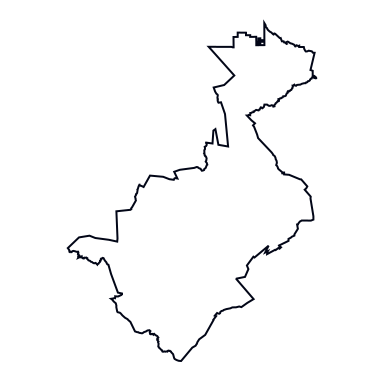 Rosales, Chihuahua, Mexico
{"feature_id": "50627088B98437787119642", "entity_name": "Rosales", "entity_type": "district", "adm_level": 2, "iso_a3": "MEX", "parent_name": "Mexico", "parent_adm1": "Chihuahua", "projection": "albers", "projection_center": [-105.763, 28.244], "detail": "fine", "context": "isolated", "style": "outline", "palette": "ink", "viewbox_px": 384, "rotation_deg": 0, "n_neighbors": 0, "source": "geoboundaries", "source_scale": "gbopen_adm2", "svg_char_len": 5933}
<svg xmlns="http://www.w3.org/2000/svg" viewBox="0 0 384 384"><path d="M231.5,46.9L208.7,46.8L234.3,75.5L224.2,85.0L213.7,87.5L215.1,91.5L216.3,93.6L217.4,94.5L217.8,95.1L217.4,98.0L217.9,99.0L217.8,99.9L217.6,100.0L217.9,101.7L218.5,102.7L221.0,102.3L225.0,114.0L228.1,146.5L218.4,144.8L215.4,129.1L213.4,130.6L212.5,143.5L206.1,142.6L206.0,142.9L206.7,144.0L206.6,145.2L206.0,146.1L204.7,146.8L205.0,148.0L204.9,149.4L204.3,150.2L204.4,152.9L204.1,153.3L204.5,153.7L204.5,154.9L205.3,155.6L205.2,156.2L206.1,156.9L206.6,158.3L206.3,160.4L205.7,161.6L206.7,162.8L207.3,164.7L206.7,165.2L205.7,167.9L204.3,169.0L204.1,170.0L202.8,170.6L201.8,170.7L200.5,168.7L199.6,168.5L198.2,167.7L197.8,167.2L196.7,167.0L194.2,167.9L179.8,169.8L174.2,171.8L177.4,178.5L175.2,178.1L174.4,178.5L173.8,179.8L169.4,179.2L163.2,176.8L150.0,175.6L143.6,187.0L141.4,185.9L139.8,185.6L139.6,184.7L139.4,184.7L138.6,186.3L137.8,189.0L137.4,189.5L137.6,189.9L137.1,193.0L136.5,193.9L136.2,193.9L135.9,194.5L135.9,195.3L135.0,196.7L135.6,198.6L135.5,198.9L135.9,200.5L132.1,207.2L131.2,208.3L131.1,208.7L131.3,209.1L130.5,209.8L116.4,211.3L117.5,238.5L117.2,241.6L108.9,239.8L95.3,238.0L89.5,235.7L79.0,237.4L67.8,248.1L69.1,249.8L69.5,251.9L69.9,252.1L70.3,251.5L71.6,252.1L72.4,251.2L73.3,250.9L75.2,251.3L76.5,251.8L78.1,251.7L78.4,252.6L78.2,253.0L78.3,253.6L78.0,253.6L77.9,254.3L78.3,254.8L78.4,255.5L78.9,256.1L78.5,256.2L78.2,256.7L78.5,257.0L78.1,257.9L79.2,257.4L79.8,256.2L80.4,257.2L81.7,256.4L81.9,257.5L82.2,257.9L83.1,258.4L83.9,258.5L84.2,258.1L84.0,257.8L84.7,257.6L86.1,257.8L86.4,257.6L87.2,258.1L87.0,258.7L87.9,259.5L88.4,260.3L90.1,260.9L90.8,261.7L92.0,262.0L92.8,262.7L94.1,263.3L95.6,262.9L97.3,264.6L97.5,264.1L98.4,263.8L98.6,263.3L99.9,262.0L100.0,260.8L100.6,260.7L100.7,259.9L101.2,259.5L100.9,258.9L101.1,258.6L102.2,258.3L102.6,257.9L103.5,258.1L104.8,260.5L106.5,262.5L106.8,263.6L107.5,264.4L108.4,264.7L111.1,274.1L117.9,292.6L122.0,293.5L122.0,294.3L121.7,294.4L121.3,295.0L118.0,296.5L115.2,296.3L115.3,297.2L115.1,298.0L114.8,297.8L113.6,298.4L111.1,298.8L112.3,299.7L113.6,301.4L115.8,303.3L116.4,305.7L116.3,307.1L117.2,311.5L117.4,311.9L117.7,312.2L119.8,312.7L120.8,313.5L122.4,315.4L125.1,317.8L127.6,319.2L128.2,320.0L130.4,321.9L135.0,331.4L137.3,332.2L138.2,332.2L139.2,332.8L141.9,333.3L142.5,333.2L144.0,332.1L145.9,331.5L147.4,330.5L149.4,330.2L150.4,331.1L149.8,332.1L149.8,332.7L150.2,334.1L151.0,334.3L151.6,333.9L152.4,333.9L153.2,334.6L153.4,334.1L154.1,333.8L155.3,335.0L157.3,336.1L158.3,337.6L157.3,338.4L157.5,339.1L157.8,339.3L157.2,339.9L158.5,341.5L158.0,342.1L158.6,343.7L158.3,346.6L158.8,347.0L159.1,347.8L159.6,348.1L161.7,350.3L162.1,350.4L162.2,351.1L162.5,351.6L163.5,351.7L164.3,351.4L165.3,351.7L166.4,351.4L167.4,351.6L167.8,350.9L168.3,350.6L169.4,351.0L169.8,350.8L171.0,351.6L171.1,352.1L173.1,354.2L174.1,357.9L174.6,358.9L176.5,360.0L178.7,360.8L181.1,361.0L192.3,347.6L195.6,345.7L196.6,344.0L196.9,343.8L197.3,342.3L199.2,339.3L205.2,334.9L213.5,320.1L213.3,319.8L216.1,316.2L214.8,315.7L217.1,313.0L218.0,313.5L219.4,313.7L220.1,313.1L220.3,312.0L221.5,311.0L222.9,310.7L223.7,310.0L226.4,309.1L230.4,308.3L232.3,307.4L236.1,307.3L239.2,306.5L241.4,307.1L247.3,302.9L253.6,299.1L236.4,279.1L236.6,278.6L245.0,276.9L248.4,269.1L246.9,265.5L253.4,256.7L254.5,257.5L268.6,245.7L265.2,252.5L267.8,251.2L267.3,252.1L267.1,254.1L275.1,249.8L275.6,250.1L278.4,248.0L279.5,248.7L281.0,247.3L279.4,246.2L279.0,245.5L288.5,240.9L288.5,238.9L290.8,237.7L291.9,236.7L294.4,235.6L294.4,234.4L297.9,228.8L297.1,224.5L298.0,224.4L298.2,223.7L299.8,221.6L301.8,220.5L310.9,220.6L313.4,219.6L313.4,216.2L310.5,198.5L310.7,196.6L304.7,189.7L306.2,188.4L307.3,186.4L301.2,179.4L300.0,179.3L289.1,174.8L284.1,174.4L284.1,172.5L282.7,172.5L282.3,174.2L282.2,172.2L278.6,169.2L278.0,168.4L277.8,167.4L277.1,166.0L276.2,165.1L276.9,162.9L276.6,160.9L275.6,158.9L275.6,158.2L275.1,156.9L274.5,155.9L273.2,155.0L272.8,154.0L271.6,152.4L258.1,138.1L257.1,134.5L254.1,126.8L253.0,125.4L255.0,123.3L251.4,120.3L246.9,115.5L248.2,115.4L248.8,114.9L250.2,115.2L250.3,113.0L251.1,113.0L252.0,112.4L253.6,112.1L253.6,111.4L254.2,111.3L256.1,109.9L258.6,110.4L259.2,109.6L259.6,109.6L260.7,107.4L261.5,107.5L262.2,108.3L262.4,108.3L263.9,106.9L264.4,104.6L267.1,104.6L268.6,105.7L269.9,105.9L271.8,105.2L272.9,105.6L273.3,106.6L274.5,106.3L274.4,105.6L274.6,104.7L275.4,104.0L275.7,103.2L276.6,102.6L277.5,101.4L277.6,101.6L278.9,101.0L279.0,100.2L278.5,99.8L278.4,99.1L279.6,98.9L280.0,98.4L281.2,98.2L281.5,97.7L282.5,97.5L283.1,96.8L283.2,96.3L284.8,96.2L285.8,95.7L286.7,93.4L287.6,92.9L287.6,91.7L287.9,91.3L288.6,91.7L289.2,91.3L289.3,90.9L289.9,90.9L290.5,90.1L291.3,89.9L292.0,88.5L292.4,88.2L292.4,87.5L292.8,86.9L292.6,85.6L293.4,85.6L293.6,85.2L294.3,84.7L294.6,85.2L295.4,85.7L296.2,85.7L296.3,85.3L297.2,84.9L300.4,84.6L301.8,83.8L304.2,83.2L305.6,83.2L306.0,82.5L307.3,82.2L307.8,81.3L308.8,81.1L309.6,80.6L310.0,80.1L310.1,79.5L311.0,78.6L311.6,78.6L312.4,76.9L312.8,76.7L314.2,77.1L313.8,77.6L314.2,78.0L314.7,77.9L315.4,78.3L316.2,78.2L316.2,77.9L315.9,77.3L314.2,75.9L312.7,75.5L312.7,70.8L310.5,70.0L314.6,52.8L312.9,52.7L311.8,51.3L308.7,50.7L307.4,51.3L305.9,51.5L305.3,50.9L304.3,49.1L303.8,47.0L299.2,47.0L299.2,45.7L298.2,46.1L297.4,45.6L296.4,45.3L295.6,46.4L295.2,46.4L294.1,44.7L292.0,43.7L290.4,43.3L288.2,41.8L287.6,41.6L286.3,42.2L286.1,42.9L286.8,43.8L286.6,43.9L284.8,42.4L284.1,42.4L283.6,41.3L281.9,41.3L280.7,38.1L280.3,38.3L279.7,38.0L275.2,33.8L274.3,33.5L273.6,34.5L273.2,34.3L271.1,32.3L269.9,31.7L268.1,30.1L267.4,29.2L267.2,28.4L265.8,27.0L265.6,25.2L264.3,23.0L264.4,45.1L256.3,45.2L256.3,43.5L260.3,43.4L260.3,41.8L262.4,41.8L262.4,40.1L260.3,40.1L260.3,38.3L258.4,38.4L258.4,41.8L256.3,41.8L256.2,36.8L250.2,36.9L250.2,35.2L246.0,35.2L246.0,32.7L237.7,32.6L237.7,36.9L233.5,37.0L233.6,47.3L232.7,47.3L231.5,46.9Z" fill="none" stroke="#020617" stroke-width="2"/></svg>